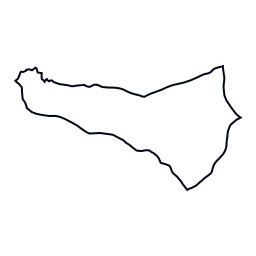 Hungrel, Paro, Bhutan
{"feature_id": "84629894B37720492215641", "entity_name": "Hungrel", "entity_type": "district", "adm_level": 2, "iso_a3": "BTN", "parent_name": "Bhutan", "parent_adm1": "Paro", "projection": "robinson", "projection_center": [89.452, 27.418], "detail": "fine", "context": "isolated", "style": "outline", "palette": "ink", "viewbox_px": 256, "rotation_deg": 0, "n_neighbors": 0, "source": "geoboundaries", "source_scale": "gbopen_adm2", "svg_char_len": 2175}
<svg xmlns="http://www.w3.org/2000/svg" viewBox="0 0 256 256"><path d="M15.4,80.7L17.1,82.5L19.0,83.9L21.3,86.6L21.8,87.8L21.9,89.1L22.0,91.7L22.5,97.2L22.6,99.0L23.7,100.4L25.5,103.4L26.0,105.0L26.9,108.1L31.8,112.1L35.4,113.4L36.6,113.9L42.3,115.0L45.8,115.5L48.6,115.9L51.2,116.0L54.9,115.9L58.1,116.4L61.2,117.4L65.0,119.0L71.0,122.1L77.2,125.6L80.2,127.8L83.9,130.5L87.3,132.6L89.4,133.5L98.6,133.1L100.2,133.0L112.7,134.7L123.6,140.4L126.2,142.9L129.5,144.9L131.9,147.0L135.1,149.4L136.7,150.6L141.7,151.1L143.9,150.5L146.7,150.2L149.5,150.5L151.0,151.8L153.8,153.3L156.9,155.9L158.7,158.2L160.7,162.8L165.2,164.1L169.0,165.5L169.9,166.4L170.8,168.3L171.8,171.2L173.1,173.2L176.7,176.3L180.7,180.9L183.0,184.5L187.3,189.9L188.7,189.0L191.9,187.8L196.1,185.6L198.1,183.8L200.4,181.7L201.4,181.1L202.9,179.6L204.7,178.0L205.8,177.1L207.5,176.0L209.1,174.7L210.7,173.5L211.5,172.3L212.1,170.8L212.7,168.4L213.4,166.1L214.6,163.6L217.2,160.3L218.7,159.1L219.9,157.7L222.0,155.3L223.3,153.8L224.9,151.1L225.7,149.1L226.4,146.3L226.5,143.7L227.0,138.7L227.4,136.2L227.7,132.4L228.3,130.2L229.2,127.7L230.4,125.0L233.2,122.5L236.6,119.7L240.6,117.6L238.9,116.4L236.0,113.9L231.2,107.5L226.5,100.6L224.5,95.7L224.1,92.9L223.5,86.6L223.9,83.0L224.3,79.4L224.2,76.7L223.0,68.6L222.9,66.1L219.7,67.1L217.5,67.6L215.1,68.4L213.5,69.3L212.4,70.3L210.9,71.9L209.9,72.6L208.0,73.4L206.5,73.7L204.7,74.0L201.2,75.5L195.7,78.1L190.7,80.3L184.2,82.5L178.6,83.8L173.5,84.9L170.1,86.0L166.8,87.3L161.8,89.6L158.1,91.0L151.2,93.5L148.4,94.7L144.4,96.8L142.2,96.5L139.6,95.4L136.8,94.7L134.1,94.1L130.2,92.8L126.8,91.3L123.2,89.5L120.5,88.6L117.6,88.0L114.5,87.7L112.2,87.6L107.6,87.5L102.2,87.0L97.4,84.8L94.6,84.6L89.5,86.9L87.5,86.5L85.4,85.8L84.5,84.9L77.5,85.5L72.2,86.3L69.1,85.6L67.0,85.1L59.4,84.1L53.8,82.1L51.8,80.4L50.5,80.5L49.1,81.3L47.5,80.2L46.9,79.1L45.7,79.9L44.6,81.8L43.0,79.9L41.8,79.0L41.6,77.2L41.6,75.3L41.7,73.1L40.0,72.9L37.7,72.5L36.5,68.4L35.4,67.7L33.6,69.1L32.0,70.3L29.2,69.3L27.7,69.6L26.4,69.7L25.9,70.8L24.3,71.5L23.2,71.9L20.9,71.8L20.1,73.4L19.5,75.3L18.9,76.5L18.4,77.7L17.8,78.9L16.6,79.9L15.4,80.7Z" fill="none" stroke="#020617" stroke-width="2"/></svg>